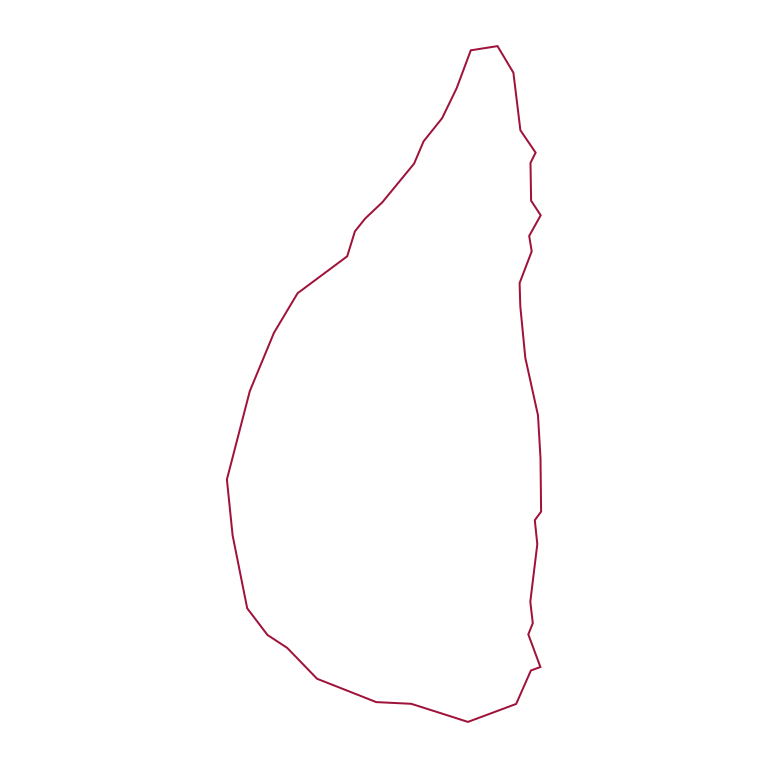 Kuttu, Federated States of Micronesia
{"feature_id": "79324940B89701258705978", "entity_name": "Kuttu", "entity_type": "district", "adm_level": 2, "iso_a3": "FSM", "parent_name": "Federated States of Micronesia", "parent_adm1": "", "projection": "equal_earth", "projection_center": [153.459, 5.455], "detail": "fine", "context": "isolated", "style": "outline", "palette": "rose", "viewbox_px": 768, "rotation_deg": 0, "n_neighbors": 0, "source": "geoboundaries", "source_scale": "gbopen_adm2", "svg_char_len": 663}
<svg xmlns="http://www.w3.org/2000/svg" viewBox="0 0 768 768"><path d="M520.3,306.3L519.6,283.1L531.7,251.4L529.2,235.9L540.7,215.3L531.1,200.7L530.5,162.9L535.6,152.6L520.4,130.3L513.4,72.7L497.5,46.1L470.8,50.3L456.7,88.1L442.1,118.2L423.6,141.3L414.1,163.6L382.3,202.3L365.1,218.6L354.9,231.4L347.2,256.3L297.6,293.2L274.0,332.7L249.8,391.1L226.9,479.5L232.6,535.3L247.2,608.3L267.5,635.0L287.2,647.9L317.1,678.8L376.2,702.1L411.2,703.8L467.9,721.9L516.2,703.9L530.9,670.5L540.4,667.0L528.3,634.4L532.8,623.2L530.3,601.7L537.3,544.2L534.8,520.2L541.1,511.6L540.5,458.3L538.0,415.4L525.3,357.8L520.3,306.3Z" fill="none" stroke="#9f1239" stroke-width="2"/></svg>